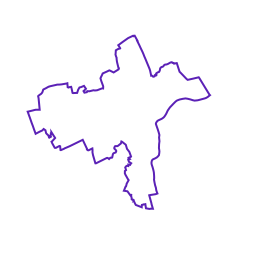 the district of Rundāles pag., Rundales, Latvia, rotated 69°
{"feature_id": "27541924B12061124033846", "entity_name": "Rundāles pag.", "entity_type": "district", "adm_level": 2, "iso_a3": "LVA", "parent_name": "Latvia", "parent_adm1": "Rundales", "projection": "mercator", "projection_center": [24.042, 56.399], "detail": "fine", "context": "isolated", "style": "outline", "palette": "violet", "viewbox_px": 256, "rotation_deg": 69, "n_neighbors": 0, "source": "geoboundaries", "source_scale": "gbopen_adm2", "svg_char_len": 5411}
<svg xmlns="http://www.w3.org/2000/svg" viewBox="0 0 256 256"><g transform="rotate(69 128 128)"><path d="M76.8,215.8L81.3,215.9L82.6,215.9L88.8,216.1L92.4,216.1L94.7,216.2L100.3,216.3L99.8,212.1L99.6,209.3L99.6,209.0L98.7,207.1L100.1,206.2L100.5,205.9L103.5,206.3L104.8,205.8L106.2,205.1L107.2,205.0L108.2,205.1L108.5,205.1L108.8,205.0L108.5,203.1L107.1,203.2L106.7,202.4L106.6,202.5L105.1,201.8L105.1,201.7L104.7,201.1L104.4,201.0L107.9,200.3L111.2,199.6L113.3,203.8L113.4,204.3L115.3,204.2L120.2,203.5L120.7,202.5L120.2,198.5L120.4,198.3L120.7,197.9L124.4,198.9L124.6,198.6L124.5,196.2L124.5,195.6L124.5,195.4L124.3,194.6L124.3,194.4L124.1,189.0L122.8,174.5L133.3,173.7L133.8,173.7L133.8,173.8L134.1,173.7L134.4,173.4L134.7,172.8L134.7,172.7L134.3,168.9L134.3,168.6L135.5,168.9L137.1,169.5L138.0,169.9L139.1,170.1L140.9,170.4L148.1,171.0L149.2,171.1L149.3,171.1L149.4,170.9L149.5,170.6L148.4,158.8L148.4,158.4L148.5,158.1L148.6,157.8L148.8,157.6L150.2,156.8L149.6,155.5L149.5,155.2L149.5,154.8L149.9,153.9L149.9,153.6L149.9,153.4L149.7,153.2L147.2,151.6L146.8,151.2L146.5,150.7L146.4,150.5L146.4,150.3L146.4,148.4L146.4,148.2L145.3,147.2L145.1,147.2L144.7,147.2L144.2,147.3L142.4,148.1L142.1,148.1L141.7,148.0L141.6,147.9L140.6,147.0L140.4,146.7L140.5,145.9L140.6,145.6L141.0,144.8L141.1,144.5L141.1,144.2L141.0,143.6L140.2,141.1L140.0,140.4L139.9,140.2L139.5,139.8L138.6,139.3L138.2,139.0L138.5,138.7L139.2,138.2L142.8,136.1L143.2,136.1L147.1,136.4L150.8,135.3L155.8,135.4L155.9,135.6L156.0,138.0L156.9,137.7L157.7,137.4L157.7,137.7L157.6,137.8L157.5,138.4L157.4,139.1L158.1,139.2L160.0,139.2L162.0,137.7L162.1,137.9L163.2,139.3L162.2,140.8L163.6,141.4L163.0,142.3L162.9,142.6L163.0,143.3L163.8,144.7L166.6,144.9L167.0,146.3L169.2,147.2L171.0,147.1L172.9,146.8L175.8,146.4L176.3,146.2L176.9,146.1L179.6,149.3L180.0,149.5L181.7,150.7L181.8,150.8L181.8,151.2L182.6,152.0L184.7,153.9L185.1,154.3L186.9,151.2L191.5,150.0L191.5,149.0L191.6,148.9L192.5,149.4L192.8,149.6L193.1,149.6L193.5,149.5L195.2,149.8L195.7,150.1L196.4,149.8L196.6,149.7L196.7,149.0L197.4,148.5L198.1,148.7L198.2,148.8L198.2,148.7L198.4,148.7L201.1,148.5L202.6,148.3L206.9,143.6L205.5,143.0L204.8,142.6L204.9,141.7L204.9,141.2L205.0,141.2L205.3,139.1L209.4,140.0L211.0,137.4L211.2,137.1L211.5,135.8L211.5,135.6L212.3,133.7L210.0,133.5L207.5,133.3L206.5,133.1L198.4,132.3L198.5,131.5L199.7,125.8L199.7,124.6L199.7,124.0L197.7,124.0L196.1,123.9L194.0,123.4L191.0,123.2L188.0,122.7L185.5,122.2L184.1,121.5L181.8,120.7L178.8,119.8L177.1,119.5L175.5,119.3L173.4,119.1L171.2,119.0L170.1,118.9L169.0,118.6L167.9,118.0L167.3,117.6L166.6,116.9L166.2,115.9L166.1,113.7L165.8,111.6L165.2,110.2L164.5,108.9L163.8,108.5L162.8,107.9L161.2,107.1L159.7,106.7L157.8,106.3L156.2,105.6L154.3,104.8L152.4,103.8L151.7,103.4L148.0,102.4L145.8,101.2L143.0,100.9L139.9,100.7L136.3,100.6L134.1,100.5L133.0,99.7L131.9,97.9L131.7,96.4L131.5,93.2L131.2,92.0L131.0,91.2L130.5,90.1L129.7,88.9L128.4,87.2L125.9,84.6L123.8,81.5L121.7,77.1L120.9,75.3L120.3,73.9L119.9,72.4L119.9,69.6L120.4,66.4L121.0,63.7L122.1,61.8L123.7,59.5L125.3,57.5L126.3,56.0L127.1,53.0L127.3,51.3L127.9,45.6L127.9,44.2L127.6,42.5L127.3,41.6L126.7,39.7L126.1,40.0L110.4,42.9L107.1,43.5L106.0,43.8L105.3,49.2L104.5,54.6L104.4,55.1L102.9,55.9L98.8,57.6L97.4,58.2L94.8,59.3L94.0,59.7L84.9,59.2L84.7,59.8L84.7,60.6L84.5,61.2L84.5,61.6L84.4,61.9L84.4,62.0L84.2,62.1L84.0,61.9L83.8,61.9L83.6,62.1L83.6,62.3L83.4,62.8L82.9,63.3L82.3,63.5L82.2,63.9L82.1,64.7L82.1,65.2L82.2,65.7L82.3,66.5L82.5,67.7L82.5,68.3L82.5,69.1L82.3,70.1L82.1,70.5L82.1,70.9L82.2,71.4L82.3,71.8L83.0,72.8L83.1,73.0L83.2,73.6L83.2,74.3L83.1,74.5L83.1,74.8L83.2,75.1L83.3,75.4L83.3,75.7L83.8,76.5L84.3,76.9L85.4,77.5L86.2,78.2L86.7,78.8L86.8,79.1L86.7,79.7L86.8,80.4L86.8,80.7L86.9,81.2L87.0,81.5L87.1,81.9L87.1,82.0L87.3,82.2L87.6,82.1L88.0,82.2L88.7,82.4L89.0,82.7L89.0,82.8L88.7,83.0L88.4,83.1L88.3,83.3L88.2,83.6L88.3,83.8L88.3,84.0L88.5,84.1L88.8,84.1L89.0,84.2L89.3,84.7L89.3,85.1L89.3,85.5L89.2,85.7L89.1,85.8L89.1,86.0L88.8,86.1L88.7,86.4L88.5,86.5L88.1,86.6L87.7,86.9L87.4,87.3L87.4,87.6L83.6,87.0L82.3,86.8L80.5,86.7L69.0,87.0L67.1,87.1L64.5,87.1L62.1,87.2L57.2,87.6L55.7,87.7L55.3,87.7L49.9,88.2L49.9,87.9L44.2,88.7L44.1,89.1L44.2,90.1L43.7,90.3L44.1,95.6L45.8,102.3L47.2,107.4L50.8,106.7L50.9,106.8L50.7,109.2L50.8,109.6L51.1,111.5L53.9,112.8L55.1,113.4L56.1,113.4L56.4,113.5L58.6,113.5L59.3,113.9L59.9,114.0L61.9,114.5L63.2,114.7L68.7,115.4L69.0,115.1L69.7,115.6L69.8,115.7L69.9,115.9L71.0,121.5L67.7,124.5L67.5,124.8L67.7,127.0L68.0,131.9L68.0,132.1L68.2,132.3L68.5,132.5L71.3,135.5L71.8,135.9L74.5,136.1L79.9,136.2L80.7,136.4L82.0,137.0L81.9,137.1L81.8,138.1L81.7,138.6L81.7,143.3L81.1,145.5L80.4,146.7L79.9,150.7L79.7,151.3L79.0,152.8L79.8,153.6L79.4,156.0L77.6,156.3L77.0,154.7L76.3,153.2L72.9,154.0L73.0,157.1L72.8,158.7L72.8,158.8L74.4,160.8L77.0,162.9L75.7,166.8L75.5,167.1L75.4,167.2L75.2,167.2L72.9,166.8L69.3,166.3L69.2,166.3L69.0,167.3L68.9,167.7L68.9,169.1L68.3,169.7L64.5,168.6L64.4,169.7L63.5,174.3L63.3,175.0L62.7,177.1L62.2,178.4L62.1,178.7L62.0,179.7L61.2,185.1L61.1,185.9L61.1,186.1L61.1,186.4L61.1,186.7L61.0,186.8L61.0,187.0L61.1,188.2L61.3,189.4L61.5,190.8L61.7,193.1L61.8,193.4L63.8,195.0L64.5,195.9L65.0,196.9L65.3,198.3L65.8,200.0L66.0,200.3L66.1,200.5L68.1,200.8L79.3,203.9L78.2,206.7L77.9,207.6L77.6,209.5L77.6,209.8L77.0,214.6L76.8,215.8Z" fill="none" stroke="#5b21b6" stroke-width="2"/></g></svg>